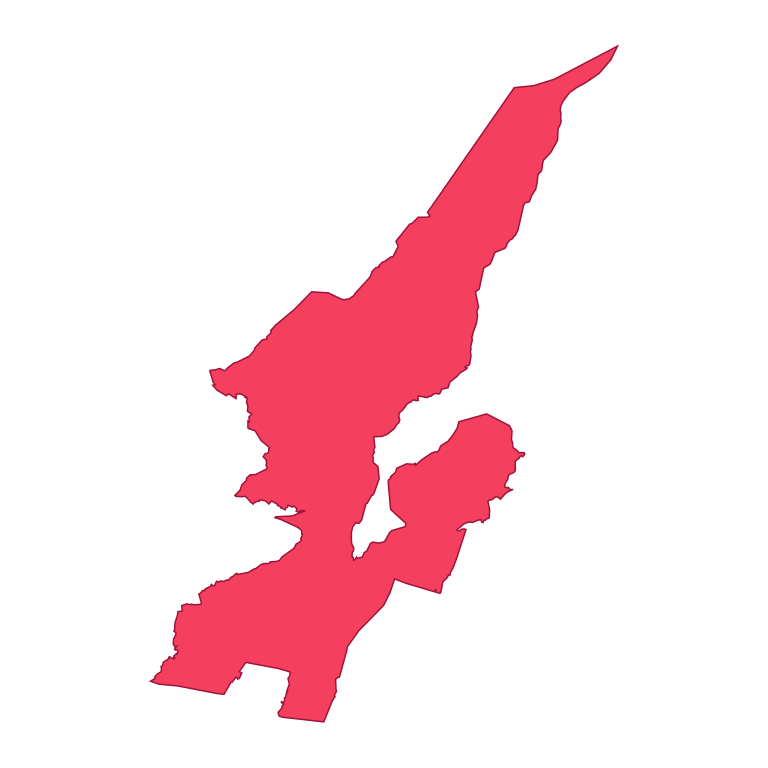 the district of Tetela del Volcán, Morelos, Mexico
{"feature_id": "50627088B54865100778576", "entity_name": "Tetela del Volcán", "entity_type": "district", "adm_level": 2, "iso_a3": "MEX", "parent_name": "Mexico", "parent_adm1": "Morelos", "projection": "orthographic", "projection_center": [-98.713, 18.918], "detail": "fine", "context": "isolated", "style": "filled", "palette": "rose", "viewbox_px": 768, "rotation_deg": 0, "n_neighbors": 0, "source": "geoboundaries", "source_scale": "gbopen_adm2", "svg_char_len": 6122}
<svg xmlns="http://www.w3.org/2000/svg" viewBox="0 0 768 768"><path d="M514.2,87.7L427.5,212.4L429.9,215.9L427.2,217.2L418.3,217.2L411.9,223.6L409.7,224.1L396.0,241.2L398.2,246.4L393.0,256.7L390.7,257.0L384.7,261.4L381.9,262.4L378.7,266.1L379.3,267.0L376.0,267.6L372.3,271.1L370.1,277.0L355.4,293.1L353.5,295.9L349.2,298.8L344.2,299.7L341.6,299.3L328.4,292.9L311.7,291.8L294.4,309.4L275.7,325.0L270.7,330.5L271.3,331.1L270.6,333.4L266.8,336.8L266.8,339.1L263.1,339.6L261.6,340.4L254.8,348.1L254.5,350.0L249.4,356.0L236.9,362.3L234.3,362.8L228.3,367.3L224.7,370.9L219.8,368.5L214.9,369.9L210.3,370.3L209.8,371.0L213.1,382.0L215.2,384.7L212.7,385.2L217.1,390.2L226.3,395.7L228.8,393.9L236.0,398.6L236.4,394.0L241.6,394.1L244.1,395.9L245.7,396.4L245.1,397.4L246.8,397.9L246.6,398.6L247.3,399.0L246.4,402.5L247.3,404.2L247.9,407.3L247.4,411.4L251.8,414.0L248.9,417.0L249.3,420.8L249.0,421.9L248.0,421.1L247.9,427.7L248.3,428.4L255.2,430.9L261.1,440.6L269.5,447.6L269.3,448.7L268.8,448.7L268.7,451.5L267.6,453.5L265.3,453.5L263.1,456.7L266.7,460.5L266.2,461.1L266.6,462.3L266.0,465.1L267.3,468.0L266.0,469.3L255.7,474.5L250.2,474.8L246.8,477.9L246.1,480.7L241.9,484.7L240.1,490.1L234.9,495.4L235.9,496.4L241.7,496.7L244.5,496.3L246.2,497.0L250.7,502.2L253.2,504.1L254.0,502.6L255.3,502.5L256.6,501.4L259.5,501.2L259.9,499.8L265.5,500.9L268.8,504.0L271.6,501.0L277.6,504.4L277.4,505.3L281.1,507.1L280.7,507.8L285.3,509.8L285.8,508.1L287.6,506.9L288.1,505.1L292.2,507.1L292.9,506.4L294.4,506.5L296.9,508.7L296.2,511.3L298.5,512.3L300.3,510.8L304.4,510.6L304.7,510.9L292.4,515.9L275.7,516.8L275.0,517.7L280.9,519.5L297.9,527.4L301.9,530.8L301.6,533.2L302.2,535.5L300.8,538.5L301.3,540.3L299.9,541.9L296.1,544.0L294.2,548.1L282.2,556.8L279.4,560.5L275.8,561.5L270.4,561.8L269.3,563.4L263.5,563.6L260.9,564.7L256.0,568.4L253.6,569.2L248.4,572.4L237.4,574.5L237.0,573.4L235.5,573.9L232.8,576.5L230.6,577.5L228.9,580.1L227.2,579.8L223.6,581.4L220.4,581.0L218.0,582.0L216.5,581.3L214.5,585.7L213.1,585.9L211.4,584.4L210.6,586.3L205.4,588.8L204.8,590.7L204.0,590.3L202.4,590.7L200.4,593.3L198.9,594.0L201.5,603.5L200.3,604.4L193.4,604.8L191.8,604.1L190.1,604.6L186.6,603.9L181.7,605.6L182.2,611.1L178.0,611.5L177.2,616.2L175.3,621.6L174.7,625.8L174.7,629.5L173.9,631.2L175.7,632.6L176.0,634.2L173.6,638.9L173.2,643.8L174.8,646.9L176.6,646.2L174.5,649.2L175.7,650.2L176.8,650.0L178.1,650.8L177.3,653.8L176.8,653.3L173.9,655.9L173.6,657.4L174.8,658.0L174.4,658.9L171.3,658.0L169.8,656.7L169.1,656.9L168.4,659.0L163.4,662.1L162.9,664.2L161.6,666.6L161.1,666.6L161.5,669.8L160.9,671.8L157.6,673.8L154.8,676.7L154.9,678.5L150.5,681.2L159.1,684.2L177.4,685.9L217.0,693.5L224.0,694.4L231.0,682.2L232.2,682.2L235.9,677.2L237.2,677.7L237.7,679.1L239.4,678.4L241.8,672.9L239.3,671.6L245.9,662.4L278.8,668.6L289.9,671.9L290.0,675.5L288.0,678.4L289.3,684.1L286.7,691.5L287.6,692.2L286.0,693.7L286.2,694.8L285.5,697.1L284.5,697.8L284.6,700.1L284.0,702.0L283.5,702.4L281.7,701.7L281.3,702.4L283.6,704.2L281.8,706.6L282.3,707.5L278.2,712.2L278.3,713.9L279.3,716.2L283.1,717.3L323.8,721.9L332.0,701.6L335.0,696.4L334.5,696.2L334.9,693.9L336.1,692.3L336.5,690.5L336.0,689.6L335.6,679.3L337.0,677.9L339.4,677.2L346.6,651.1L347.4,646.7L359.0,630.5L383.6,605.4L390.0,592.7L394.6,578.9L406.1,583.3L435.0,591.9L435.5,589.6L436.0,589.7L435.4,592.0L439.9,593.4L440.6,592.7L441.4,589.6L442.8,582.0L447.5,577.3L448.4,575.1L450.0,575.1L450.5,572.3L452.8,568.5L456.2,559.6L466.0,529.6L464.1,528.9L461.7,529.2L458.7,531.2L456.9,530.0L463.2,524.4L466.6,522.7L469.7,521.9L472.4,522.5L477.8,520.2L481.0,519.7L481.7,522.2L483.1,522.5L484.0,520.3L485.2,520.3L486.6,519.0L489.3,517.9L489.6,509.7L487.9,501.5L488.6,500.3L491.8,499.8L495.5,496.9L498.1,497.1L500.4,499.2L504.7,494.3L507.9,491.8L513.1,489.4L510.3,489.6L508.1,487.3L506.7,487.8L504.6,486.9L505.1,483.5L507.8,479.2L508.1,476.8L508.9,475.0L510.5,473.8L512.8,473.1L514.6,471.7L515.3,470.3L515.2,461.4L517.9,459.0L518.6,458.9L520.0,456.5L521.6,455.9L522.8,456.7L524.7,454.3L524.3,452.8L518.2,452.4L517.5,450.8L513.5,447.9L512.7,446.3L512.6,442.9L511.5,439.8L512.0,430.7L509.5,425.7L486.6,413.9L458.8,421.8L457.3,428.0L452.9,435.0L448.2,441.1L440.8,445.8L438.7,450.6L437.3,452.0L434.9,451.9L431.6,453.1L422.2,459.4L415.6,465.1L415.2,463.4L413.3,464.3L406.6,463.8L396.8,468.2L395.4,472.5L390.5,476.7L390.6,478.6L388.5,479.8L388.2,482.2L390.6,509.4L406.0,523.6L405.2,526.6L391.9,530.6L389.8,532.3L384.7,541.3L383.2,542.2L377.7,543.1L373.8,542.2L371.8,542.4L370.3,543.7L367.1,550.3L365.8,551.8L364.2,552.4L362.8,556.4L361.5,557.4L356.8,558.2L356.5,557.2L355.4,559.2L353.6,560.2L353.3,557.6L352.0,556.3L352.3,552.5L353.3,551.2L353.7,549.4L353.7,547.7L351.9,544.2L351.4,540.8L351.4,532.6L352.6,527.0L355.6,522.9L359.1,523.2L361.5,520.3L366.0,503.7L367.2,503.3L371.6,495.5L372.6,495.3L374.1,493.1L379.2,478.6L377.9,466.5L373.5,462.7L373.0,461.2L373.2,457.9L372.7,455.0L374.5,452.3L373.5,449.8L374.9,447.5L373.7,436.8L381.8,436.4L387.2,434.3L394.0,428.9L397.2,424.1L398.8,422.8L399.8,419.5L399.0,417.9L399.0,413.3L403.8,408.8L403.9,407.9L405.4,406.7L405.9,405.3L408.3,403.1L410.8,402.0L412.7,400.2L414.8,400.0L415.8,400.7L418.3,400.3L417.9,397.1L418.3,396.0L427.4,397.6L428.9,396.4L431.1,396.2L434.0,393.8L436.7,393.5L438.6,394.1L439.9,393.3L441.7,389.3L448.1,387.7L449.9,382.0L457.1,376.3L459.8,373.0L465.9,369.4L467.2,368.0L465.0,367.3L466.2,365.8L468.2,365.8L469.6,364.5L471.0,355.9L470.4,350.9L471.1,348.9L470.6,347.1L472.3,340.0L471.7,336.3L472.5,336.0L472.9,333.2L476.5,323.1L477.6,314.9L476.7,311.8L478.5,307.0L475.5,291.9L479.2,289.1L483.3,269.7L484.2,267.6L489.8,264.4L491.6,261.2L494.8,252.5L505.2,248.1L506.7,245.4L507.1,243.2L510.0,240.1L512.6,238.6L513.7,236.6L515.3,235.4L518.0,230.0L523.6,205.1L525.3,202.7L529.1,201.9L529.5,201.3L531.7,195.5L535.6,189.4L536.9,183.9L538.0,174.5L541.2,171.2L541.8,169.6L542.8,162.3L543.6,160.1L550.8,152.4L557.6,140.2L558.0,129.0L560.6,123.6L561.1,121.0L560.6,118.3L561.0,112.9L560.3,110.3L560.6,106.8L562.9,101.5L569.4,92.7L576.8,87.5L585.6,82.7L599.2,73.3L610.9,59.7L617.5,46.1L554.4,79.2L533.9,85.6L514.2,87.7Z" fill="#f43f5e" stroke="#9f1239" stroke-width="1.5"/></svg>